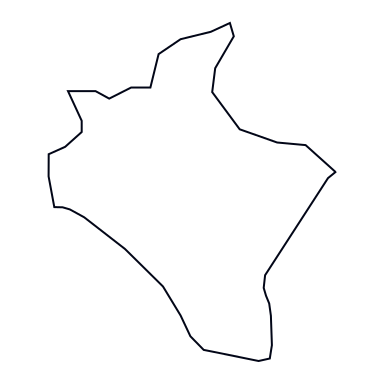 outline of Kačanik
{"feature_id": "KOS-5915", "entity_name": "Kačanik", "entity_type": "District", "adm_level": 1, "iso_a3": "XKX", "parent_name": "Kosovo", "parent_adm1": "", "projection": "orthographic", "projection_center": [21.226, 42.206], "detail": "fine", "context": "isolated", "style": "outline", "palette": "ink", "viewbox_px": 384, "rotation_deg": 0, "n_neighbors": 0, "source": "natural_earth", "source_scale": "10m", "svg_char_len": 632}
<svg xmlns="http://www.w3.org/2000/svg" viewBox="0 0 384 384"><path d="M335.4,172.1L328.0,178.1L265.1,275.2L263.7,287.9L266.0,295.7L269.2,303.5L270.9,315.8L271.9,345.2L271.4,348.3L269.8,358.5L258.6,361.0L212.3,351.6L203.7,349.9L194.6,340.6L190.4,336.3L180.6,315.5L163.0,286.5L125.0,249.0L84.2,217.3L69.8,209.4L62.6,207.3L54.3,207.1L48.6,176.4L48.7,154.2L65.2,146.8L81.7,132.0L81.7,120.8L68.0,91.1L95.5,91.1L109.2,98.6L131.2,87.5L150.4,87.5L158.6,54.1L180.6,39.2L210.8,31.8L229.9,23.0L233.8,36.3L215.2,68.2L212.2,92.1L239.7,129.3L277.1,142.5L305.6,145.1L335.1,171.6L335.4,172.1Z" fill="none" stroke="#020617" stroke-width="2"/></svg>